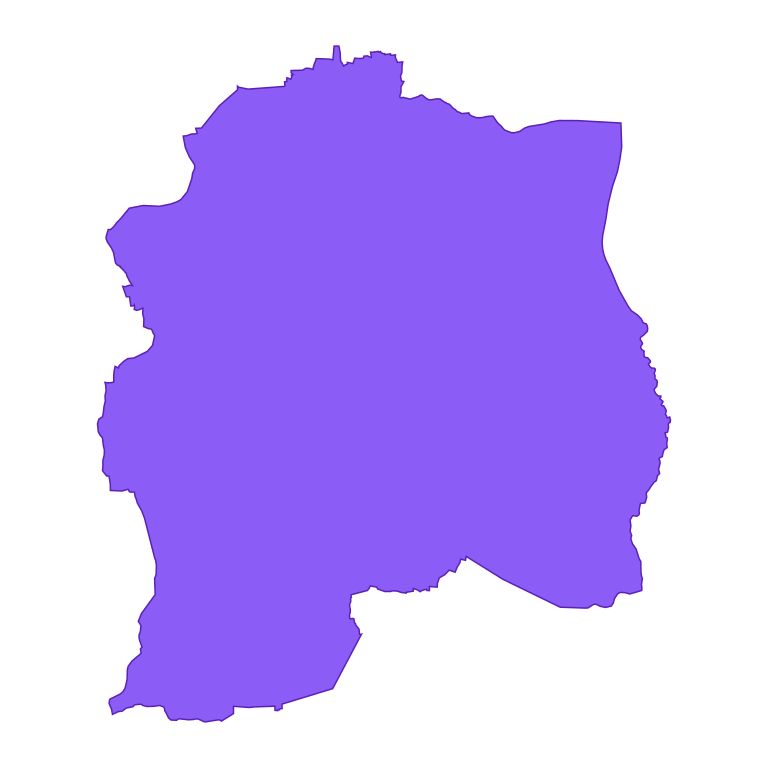 Kae Dam, Maha Sarakham, Thailand
{"feature_id": "78962969B5401688500865", "entity_name": "Kae Dam", "entity_type": "district", "adm_level": 2, "iso_a3": "THA", "parent_name": "Thailand", "parent_adm1": "Maha Sarakham", "projection": "robinson", "projection_center": [103.406, 16.054], "detail": "fine", "context": "isolated", "style": "filled", "palette": "violet", "viewbox_px": 768, "rotation_deg": 0, "n_neighbors": 0, "source": "geoboundaries", "source_scale": "gbopen_adm2", "svg_char_len": 6045}
<svg xmlns="http://www.w3.org/2000/svg" viewBox="0 0 768 768"><path d="M620.9,123.0L577.7,120.6L559.3,120.5L551.0,121.9L544.4,124.0L528.8,126.5L524.6,128.1L519.9,131.3L514.7,132.7L511.4,132.7L504.5,130.0L501.2,126.1L497.5,122.7L493.1,116.3L492.1,116.0L486.8,116.5L481.4,117.7L476.4,117.7L471.1,115.7L469.4,114.3L468.8,112.9L461.7,113.6L459.5,112.3L457.4,111.7L455.0,109.3L453.6,108.6L449.4,104.3L446.5,103.3L445.9,102.5L444.7,102.3L440.2,99.0L437.2,98.8L430.4,99.9L428.7,99.6L426.1,98.3L423.0,95.6L421.5,94.9L419.5,95.6L418.6,96.4L410.3,99.1L403.2,97.4L400.9,97.7L400.0,97.4L399.8,96.0L401.0,92.4L400.9,87.0L403.9,81.5L401.4,81.0L400.5,76.1L401.9,72.5L402.0,66.0L402.7,61.9L397.6,62.4L395.3,57.4L395.5,54.9L390.6,55.3L390.5,53.8L384.8,54.6L384.7,53.6L382.9,53.6L381.3,52.7L380.4,51.5L379.6,52.2L379.4,51.9L378.7,52.1L378.0,51.3L374.8,52.2L374.6,51.8L373.1,52.3L370.6,52.1L371.4,57.3L370.0,57.2L367.7,55.9L364.0,56.1L363.1,58.3L358.5,58.5L354.8,58.1L352.9,63.5L347.3,62.4L347.4,64.1L345.7,64.6L343.5,66.0L342.1,63.0L340.9,61.6L340.4,58.8L340.2,52.7L338.9,46.1L334.1,46.1L332.9,59.8L329.3,59.1L316.2,58.6L315.3,61.9L314.6,63.0L313.1,67.8L313.2,69.4L309.5,68.4L306.0,68.2L302.4,70.2L291.2,70.5L291.1,72.7L293.1,74.5L292.6,75.1L291.4,75.1L291.7,77.1L290.9,79.1L286.9,77.8L286.7,81.5L284.6,81.7L284.9,85.7L284.4,86.4L248.1,89.1L238.6,87.2L237.5,86.2L237.5,89.8L219.4,105.7L201.4,128.1L195.7,128.3L197.2,133.3L195.4,133.9L191.6,134.0L186.8,135.7L183.2,136.1L185.4,147.8L189.3,156.7L194.6,164.9L194.7,168.4L192.6,173.2L191.8,178.5L187.4,191.6L181.0,199.5L177.3,201.7L170.8,204.0L159.5,206.3L143.1,205.5L129.2,208.2L120.6,218.7L116.6,222.8L113.6,226.9L110.4,229.6L108.2,229.5L106.1,236.9L106.1,238.6L107.3,241.9L111.4,247.9L113.5,252.5L115.5,262.9L117.0,264.8L119.7,266.1L119.4,266.2L124.5,271.3L125.2,272.5L126.2,273.0L126.8,275.6L129.4,281.0L132.4,285.6L129.6,285.2L125.2,286.7L122.7,286.3L126.4,296.8L129.5,296.8L130.8,306.0L133.7,305.8L134.2,305.0L134.6,306.8L134.2,309.4L136.5,310.3L139.1,309.8L142.9,308.1L142.7,313.7L143.9,318.8L143.6,326.6L148.5,328.7L151.1,329.0L151.9,329.9L153.3,333.4L154.7,335.5L152.5,345.4L147.3,351.4L133.8,358.0L127.7,358.6L123.5,361.5L119.0,365.9L118.5,367.9L115.1,366.4L114.1,371.2L113.7,375.5L113.8,382.1L109.5,382.9L105.0,382.4L105.6,384.8L106.1,390.6L105.0,395.9L105.3,401.1L104.0,406.5L103.2,413.6L102.5,416.8L98.9,419.0L97.5,423.8L98.3,431.9L100.0,435.0L102.4,437.8L103.4,445.8L104.4,450.2L104.2,455.2L102.9,460.3L102.9,466.8L102.5,470.7L106.6,476.0L109.0,476.1L110.3,484.2L110.4,490.5L122.0,491.0L128.2,489.3L129.4,491.8L131.6,492.2L133.8,491.9L134.5,492.4L135.1,496.5L136.4,499.6L137.3,503.0L141.8,511.0L144.6,518.5L154.8,558.4L155.5,559.8L156.4,565.3L156.1,574.7L154.6,578.5L155.2,594.6L141.4,613.6L138.3,621.3L140.9,625.5L140.5,630.5L139.7,633.8L139.1,634.5L139.0,637.0L139.4,639.6L142.0,647.2L140.4,648.8L141.1,653.3L131.9,661.1L128.3,666.1L127.4,669.2L127.1,679.2L125.8,685.4L125.0,688.3L123.0,691.6L120.3,694.0L110.1,699.0L109.5,700.0L109.1,703.6L111.5,709.1L112.5,714.4L118.1,711.7L122.3,711.1L126.2,708.1L133.2,706.6L134.0,705.3L135.2,704.7L141.1,704.2L142.7,705.4L146.8,706.5L153.8,706.3L159.7,705.5L162.9,706.6L164.3,707.8L164.8,710.8L166.6,713.8L168.5,717.9L170.9,720.0L176.6,720.3L178.0,719.2L179.3,718.8L188.5,719.8L193.5,719.5L196.3,718.9L198.5,719.1L203.8,721.6L205.5,721.9L218.5,719.8L220.5,720.3L221.4,721.1L233.5,713.6L233.5,706.3L249.5,707.5L254.8,706.9L274.9,706.2L275.0,710.4L277.8,710.6L277.9,709.9L279.5,709.8L279.5,708.9L282.1,708.6L282.0,704.1L332.7,688.6L361.5,634.2L360.2,634.6L359.6,634.3L359.0,629.1L355.9,625.3L355.6,623.9L354.5,622.6L353.8,618.7L352.7,618.4L350.3,618.8L349.7,618.3L349.5,614.8L350.2,612.7L350.4,609.6L349.8,607.3L349.6,604.5L350.8,601.5L350.6,598.4L351.4,597.5L351.0,596.2L351.3,594.7L367.4,590.5L369.4,588.0L369.9,586.3L370.7,586.0L376.9,587.2L377.6,589.0L384.8,591.5L390.6,591.5L392.0,590.9L394.1,590.9L397.1,591.1L401.5,592.5L406.0,593.1L405.9,592.4L413.3,591.1L413.3,588.5L417.4,589.9L420.2,591.7L421.5,590.7L425.9,589.3L426.5,589.3L427.0,590.5L429.5,590.6L429.4,586.6L437.2,587.1L437.4,583.4L439.3,577.9L444.9,574.6L449.1,570.2L455.1,572.2L457.3,566.9L459.9,562.7L460.6,559.2L465.5,560.3L466.2,556.4L503.1,579.4L560.2,607.2L585.7,608.1L588.1,607.9L593.2,604.6L594.5,604.2L597.0,604.6L600.2,606.3L605.4,607.4L608.4,606.8L611.4,606.0L613.2,603.2L614.5,598.7L617.6,593.8L620.4,592.4L625.2,592.7L629.8,594.0L641.7,590.5L641.9,589.0L641.5,584.0L642.4,578.6L641.6,576.4L641.0,572.7L640.8,561.5L639.1,558.6L636.2,549.2L632.4,543.6L631.0,539.4L630.9,537.9L631.7,535.7L630.1,531.0L630.9,525.8L630.1,520.0L632.6,515.7L637.0,516.2L638.9,514.8L639.4,513.6L639.0,510.5L640.3,503.9L641.2,503.2L644.5,503.1L645.2,502.6L646.7,497.1L646.3,493.7L646.6,492.5L648.9,489.7L651.0,486.3L654.1,482.2L656.3,480.7L657.4,475.9L659.6,473.4L658.6,469.1L660.1,463.2L659.9,461.2L659.1,458.7L659.7,457.9L662.4,456.5L662.8,453.6L664.1,449.7L667.2,447.6L666.7,443.4L667.4,439.0L667.1,437.7L665.7,437.1L665.8,435.8L665.0,433.0L665.3,432.6L667.0,432.5L667.6,431.9L668.6,427.6L668.3,424.3L669.2,422.6L670.1,422.5L670.5,420.3L669.7,417.0L667.8,417.7L666.9,417.6L666.7,416.1L665.4,414.2L666.3,410.9L665.3,408.4L664.2,407.0L663.8,405.8L662.2,405.8L661.5,405.2L661.4,404.4L662.4,403.2L663.0,401.4L659.8,398.7L659.8,398.2L660.8,397.3L660.8,396.0L658.8,396.1L657.4,395.2L655.4,393.1L654.2,390.2L654.3,389.1L656.8,386.2L657.3,381.9L657.0,380.5L655.2,379.0L654.9,378.3L655.1,375.7L654.2,373.4L655.4,370.0L655.3,369.1L654.4,368.2L651.5,368.0L649.6,366.2L648.4,364.0L650.2,362.4L650.5,361.6L650.2,360.6L647.7,357.7L645.4,357.4L644.4,356.8L643.8,352.8L644.2,351.2L641.5,349.3L640.8,347.8L640.8,346.2L642.2,344.3L642.5,343.3L640.2,339.2L640.3,338.2L641.1,336.8L643.1,335.6L647.4,331.3L647.7,328.1L647.1,325.4L646.2,323.8L643.3,322.9L641.2,318.8L637.5,315.0L631.3,310.7L628.0,306.0L619.1,290.2L610.0,268.4L605.7,259.6L603.9,254.5L602.7,249.3L602.1,241.8L602.8,234.8L605.8,219.7L608.2,203.7L612.5,186.3L617.4,171.7L619.9,159.6L621.7,146.7L620.9,123.0Z" fill="#8b5cf6" stroke="#5b21b6" stroke-width="1.5"/></svg>